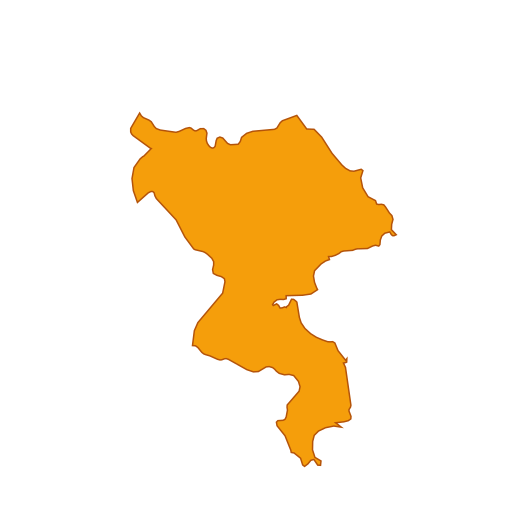 an SVG outline of Cagliari, rotated 308°
{"feature_id": "ITA-5378", "entity_name": "Cagliari", "entity_type": "Province", "adm_level": 1, "iso_a3": "ITA", "parent_name": "Italy", "parent_adm1": "", "projection": "equal_earth", "projection_center": [9.117, 39.391], "detail": "fine", "context": "isolated", "style": "filled", "palette": "amber", "viewbox_px": 512, "rotation_deg": 308, "n_neighbors": 0, "source": "natural_earth", "source_scale": "10m", "svg_char_len": 3088}
<svg xmlns="http://www.w3.org/2000/svg" viewBox="0 0 512 512"><g transform="rotate(308 256 256)"><path d="M391.9,201.6L387.3,217.8L391.6,223.8L390.1,234.6L383.7,252.7L380.6,267.6L380.2,272.6L381.0,277.7L383.1,281.0L389.1,285.5L389.1,287.7L382.0,290.4L375.4,298.1L371.7,307.8L373.2,316.1L371.2,319.1L372.1,321.0L373.9,322.9L375.0,325.2L374.4,327.8L372.0,334.7L371.5,338.2L369.2,341.4L364.5,343.4L360.1,346.5L359.1,353.4L357.0,352.3L356.1,351.1L356.2,349.4L357.3,346.6L353.3,343.5L349.2,342.8L345.2,344.1L341.3,346.6L339.4,346.6L338.1,343.6L335.8,341.8L330.5,339.2L323.9,331.3L322.4,330.1L319.9,328.6L313.9,322.0L311.8,320.5L309.0,319.8L305.4,318.1L302.1,315.8L300.2,313.5L298.4,316.1L294.8,313.8L289.9,312.2L280.5,311.2L275.6,313.6L271.3,318.3L268.4,323.1L267.4,325.2L259.9,322.7L253.8,316.9L243.3,304.2L240.9,306.1L238.7,304.5L236.7,301.7L234.4,299.5L230.7,298.6L227.9,299.0L227.6,300.1L231.0,301.7L231.0,304.2L229.8,307.0L231.3,308.6L233.4,309.8L234.1,311.5L234.4,311.2L237.3,312.0L243.8,310.6L245.0,312.4L245.0,315.1L244.8,316.6L234.3,328.0L231.1,332.7L229.0,339.2L228.4,346.8L229.1,353.6L230.7,359.7L232.6,365.3L234.1,367.4L235.7,369.2L236.0,371.7L231.9,378.9L229.0,390.8L231.0,390.8L228.2,392.8L227.4,392.4L225.5,390.8L223.3,395.1L196.8,422.7L195.1,423.5L192.3,423.8L191.0,424.8L188.1,429.6L186.0,431.0L183.0,430.1L179.4,427.3L173.6,421.4L173.6,428.5L169.9,422.0L163.5,416.5L156.5,413.0L150.5,412.3L144.8,414.8L138.0,419.9L133.6,426.4L134.5,433.4L130.8,435.7L129.2,433.4L131.3,426.9L128.8,425.0L124.2,424.9L120.1,423.8L120.1,421.4L124.1,415.6L124.2,407.2L122.9,404.7L124.4,403.0L132.2,389.6L135.2,377.1L137.6,374.4L139.7,374.6L143.2,378.5L145.1,379.4L147.7,378.9L153.9,375.7L155.9,373.6L157.8,372.3L176.0,373.2L180.1,371.2L183.3,366.7L185.0,359.3L183.1,355.0L179.9,351.6L177.8,346.5L177.8,342.9L178.3,340.3L178.3,337.8L177.0,334.5L174.9,332.3L166.4,329.0L163.1,325.3L160.8,318.7L157.6,297.9L156.8,295.7L155.7,294.5L153.1,292.9L151.9,291.6L150.9,289.2L148.9,281.1L147.3,277.1L146.7,275.1L146.7,272.7L148.1,266.5L148.0,263.6L146.3,261.1L159.2,253.4L167.8,251.2L206.2,252.6L216.6,247.4L218.7,245.0L218.4,241.3L216.7,237.1L216.0,233.1L218.5,230.2L222.8,228.2L225.5,226.1L227.0,222.6L227.5,216.7L227.4,214.0L226.9,211.6L223.5,204.2L223.2,202.6L227.2,188.2L235.3,170.8L239.9,142.1L241.2,139.3L243.1,136.8L243.3,135.7L242.9,134.3L241.8,133.3L239.4,132.2L225.2,129.6L232.0,119.1L240.7,110.6L250.6,105.4L261.2,104.9L264.6,105.6L265.6,106.1L276.2,107.3L275.9,106.4L275.2,85.0L275.6,82.8L276.6,80.9L279.4,78.7L297.0,76.3L295.8,79.4L295.7,82.1L297.2,88.0L297.3,90.8L295.4,96.2L295.0,98.9L296.3,103.0L304.2,116.8L306.8,118.7L313.2,122.0L316.2,124.5L316.8,126.0L316.7,129.4L317.1,131.0L318.2,132.1L322.0,133.7L324.2,136.4L324.2,139.2L322.6,141.7L317.9,144.5L316.2,146.1L314.8,148.2L313.9,150.8L313.6,153.2L314.1,155.1L315.3,156.1L317.2,156.3L322.4,153.6L324.9,152.9L327.5,154.3L328.5,157.2L327.2,164.2L327.9,167.3L333.1,173.2L336.6,173.1L340.6,171.6L346.9,173.1L352.3,176.7L367.2,192.6L369.7,193.7L376.0,193.0L378.8,193.5L391.9,201.6Z" fill="#f59e0b" stroke="#b45309" stroke-width="1.5"/></g></svg>